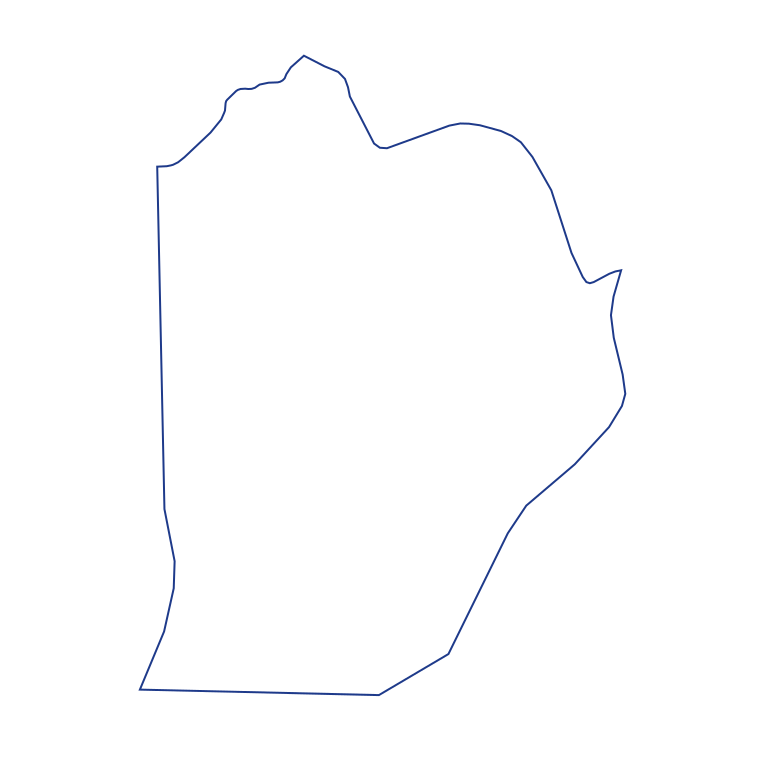 SVG path tracing the border of Enga, rotated 274°
{"feature_id": "PNG-1238", "entity_name": "Enga", "entity_type": "Province", "adm_level": 1, "iso_a3": "PNG", "parent_name": "Papua New Guinea", "parent_adm1": "", "projection": "robinson", "projection_center": [143.878, -5.472], "detail": "fine", "context": "isolated", "style": "outline", "palette": "blue", "viewbox_px": 768, "rotation_deg": 274, "n_neighbors": 0, "source": "natural_earth", "source_scale": "10m", "svg_char_len": 1028}
<svg xmlns="http://www.w3.org/2000/svg" viewBox="0 0 768 768"><g transform="rotate(274 384 384)"><path d="M585.0,142.6L586.1,152.1L587.2,156.1L588.0,158.3L590.8,163.1L596.3,169.1L622.7,193.4L636.6,203.2L643.3,205.6L645.7,206.3L653.2,206.4L655.2,206.8L656.7,207.8L665.9,216.0L667.2,217.7L668.3,220.3L668.9,224.9L668.8,228.1L669.2,231.4L670.5,234.6L674.0,239.0L676.5,247.8L677.5,257.0L678.3,259.4L679.8,261.7L682.0,263.6L686.3,265.0L693.4,269.0L705.9,281.2L696.8,302.4L692.1,316.6L685.6,323.8L677.5,327.4L668.4,329.9L623.2,357.3L619.4,363.4L619.4,370.5L646.3,431.1L649.2,441.9L649.6,450.5L648.8,461.7L644.5,483.2L640.2,494.5L634.7,503.7L620.9,516.2L588.9,537.4L527.8,561.9L504.6,574.8L499.8,578.8L498.9,582.3L500.3,586.1L509.7,601.1L512.4,606.9L514.0,612.6L487.2,606.9L468.5,605.6L446.1,610.0L410.1,621.4L391.0,625.4L378.7,622.9L356.7,611.5L317.2,579.9L272.6,534.4L243.7,517.9L119.1,467.1L73.3,400.6L62.1,161.8L121.8,181.9L165.5,188.5L192.6,187.5L243.9,173.7L585.0,142.6Z" fill="none" stroke="#1e3a8a" stroke-width="2"/></g></svg>